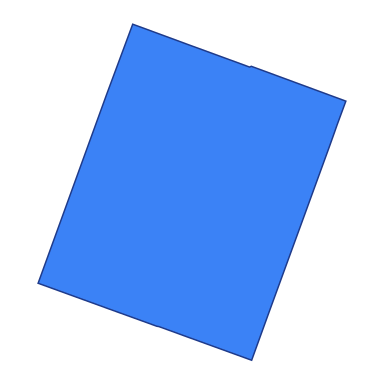 the district of Stephens, Oklahoma, United States of America, rotated 110°
{"feature_id": "52423323B61502128532198", "entity_name": "Stephens", "entity_type": "district", "adm_level": 2, "iso_a3": "USA", "parent_name": "United States of America", "parent_adm1": "Oklahoma", "projection": "orthographic", "projection_center": [-97.869, 34.485], "detail": "fine", "context": "isolated", "style": "filled", "palette": "blue", "viewbox_px": 384, "rotation_deg": 110, "n_neighbors": 0, "source": "geoboundaries", "source_scale": "gbopen_adm2", "svg_char_len": 383}
<svg xmlns="http://www.w3.org/2000/svg" viewBox="0 0 384 384"><g transform="rotate(110 192 192)"><path d="M53.6,179.3L54.9,180.6L54.8,246.3L54.6,305.1L129.7,305.6L330.4,305.4L330.3,230.0L330.2,179.2L329.8,177.1L329.8,145.6L329.7,80.5L329.7,78.4L279.4,78.5L175.0,78.4L103.9,78.4L87.2,78.5L79.1,78.6L54.0,78.5L53.6,179.3Z" fill="#3b82f6" stroke="#1e3a8a" stroke-width="1.5"/></g></svg>